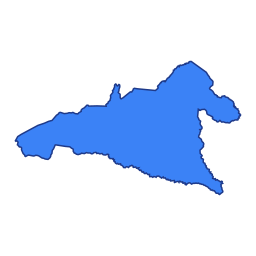 Maua, Niassa, Mozambique
{"feature_id": "85939544B33000714085001", "entity_name": "Maua", "entity_type": "district", "adm_level": 2, "iso_a3": "MOZ", "parent_name": "Mozambique", "parent_adm1": "Niassa", "projection": "orthographic", "projection_center": [37.153, -13.899], "detail": "fine", "context": "isolated", "style": "filled", "palette": "blue", "viewbox_px": 256, "rotation_deg": 0, "n_neighbors": 0, "source": "geoboundaries", "source_scale": "gbopen_adm2", "svg_char_len": 5928}
<svg xmlns="http://www.w3.org/2000/svg" viewBox="0 0 256 256"><path d="M15.4,140.8L15.9,141.3L16.6,140.9L17.4,141.2L17.7,141.8L18.1,142.2L17.4,144.8L18.0,145.2L18.7,146.2L19.2,146.5L19.4,147.0L20.7,147.0L21.6,147.9L21.5,149.8L23.1,153.5L24.7,155.1L24.9,156.1L25.6,156.5L27.6,155.4L28.7,155.1L33.4,156.0L34.3,155.9L35.8,155.3L37.0,155.4L38.6,155.8L42.0,158.0L43.7,158.3L45.1,159.0L48.0,159.4L49.7,158.0L50.6,156.6L50.9,154.8L51.9,153.5L52.3,150.4L53.5,148.9L55.2,145.0L55.9,144.9L65.4,146.4L69.8,146.8L71.5,148.2L73.0,149.0L73.3,149.7L73.2,151.2L74.3,153.1L74.9,153.1L76.4,154.2L78.1,154.6L80.8,153.8L81.4,153.2L84.4,153.6L86.4,152.6L87.9,153.0L90.1,153.0L91.4,153.8L92.7,153.7L93.9,152.6L95.1,152.6L95.8,152.3L96.4,152.6L96.8,153.5L97.4,153.3L98.6,153.3L99.7,153.9L102.1,153.5L103.0,154.6L104.0,154.9L105.8,155.0L106.9,154.3L107.9,154.2L108.7,154.8L108.3,155.7L108.4,156.2L108.7,156.3L109.3,157.4L109.1,157.6L109.5,157.7L110.0,158.6L113.1,158.6L112.8,159.2L113.4,159.7L114.3,159.8L114.1,160.5L113.8,160.5L113.8,161.0L114.3,161.7L115.1,161.8L115.2,162.7L115.7,163.3L116.9,163.9L117.7,163.4L118.5,164.2L120.5,163.8L120.5,164.8L121.8,165.3L123.2,166.5L123.5,167.5L125.3,167.7L126.3,166.7L126.7,166.7L127.6,166.9L128.4,167.5L130.2,165.8L130.8,165.9L131.9,165.3L133.2,166.3L133.1,167.1L133.4,167.4L135.8,167.0L136.5,168.2L138.4,167.9L138.0,168.3L137.9,168.7L139.1,169.5L139.5,170.3L140.0,170.5L140.4,170.1L141.1,170.3L141.9,172.0L142.4,172.2L143.0,171.8L143.5,171.8L143.7,172.6L144.4,173.5L145.2,173.6L146.2,173.0L147.9,174.5L149.5,174.4L149.4,175.5L149.8,176.7L151.4,176.5L152.8,177.3L153.8,176.5L155.6,176.9L156.1,177.3L157.0,176.2L158.6,176.1L159.2,176.3L159.5,176.8L160.4,177.1L161.5,178.1L163.2,177.0L163.5,177.8L164.0,178.1L165.3,177.9L166.3,179.5L167.4,179.8L167.9,179.2L168.7,180.1L170.4,180.0L170.4,180.8L170.6,181.0L174.3,180.5L174.7,181.6L174.3,182.1L174.6,182.5L176.8,181.6L178.1,181.4L178.4,181.5L179.0,182.4L179.4,181.4L179.9,181.1L180.9,182.0L182.7,181.9L182.9,182.3L182.6,182.8L182.9,183.2L184.1,183.2L184.9,182.8L185.6,183.6L185.2,184.5L186.2,184.9L187.4,183.6L188.7,182.9L189.8,182.8L191.6,184.1L193.2,183.3L194.2,183.4L195.6,183.1L196.0,183.3L196.6,183.1L197.9,183.4L198.6,183.1L200.1,184.0L200.7,183.7L201.6,184.3L203.3,184.5L204.0,185.3L205.2,185.4L205.7,186.0L207.7,186.9L208.9,188.3L210.1,188.9L210.4,189.8L211.4,190.2L211.8,190.0L212.5,190.1L213.1,190.8L213.7,190.6L214.4,190.8L216.1,193.2L218.5,193.4L218.8,194.1L219.6,194.5L221.5,192.9L222.5,192.3L222.8,191.8L222.8,191.1L221.9,189.3L221.9,188.1L221.0,186.2L221.2,185.3L220.9,184.3L221.4,183.8L222.7,183.4L221.9,182.2L222.2,181.5L221.5,181.2L220.4,181.9L219.3,181.0L218.1,180.5L217.4,179.7L215.7,180.2L215.3,179.7L215.6,179.1L215.3,178.6L214.2,178.9L212.6,178.4L212.5,178.0L213.1,177.3L213.1,176.5L212.1,175.5L212.3,174.5L211.5,173.5L210.4,173.5L210.2,172.6L210.6,172.0L209.5,171.9L209.1,171.3L209.3,169.4L207.2,168.8L206.9,167.9L206.4,167.6L206.0,166.8L206.3,166.0L205.3,165.0L204.9,163.3L203.9,162.9L203.3,162.3L203.2,160.4L203.4,159.5L202.8,158.8L201.4,158.5L201.3,157.3L201.0,157.1L201.0,156.8L201.9,156.2L202.1,155.5L200.2,153.5L200.0,150.4L200.2,149.9L201.2,149.1L203.4,146.7L203.5,146.0L203.3,145.6L203.8,143.9L203.2,142.5L202.6,142.2L201.7,140.9L201.3,139.3L198.6,137.1L198.9,135.2L199.7,134.3L200.0,132.4L200.7,130.9L199.9,129.6L200.9,129.5L201.6,129.0L202.0,128.3L202.0,127.1L200.5,125.0L200.1,123.8L200.1,123.2L200.6,121.2L198.8,119.6L198.7,118.7L197.6,116.8L198.3,109.2L199.3,109.7L199.6,110.3L200.6,110.3L201.2,109.6L204.6,109.3L206.1,110.5L206.6,111.6L207.0,113.8L208.2,114.8L210.8,115.8L211.3,116.4L212.1,116.5L212.8,117.3L212.4,118.3L212.7,118.9L214.7,120.2L216.3,120.7L216.9,121.7L217.4,121.9L218.5,121.7L219.9,120.4L221.7,122.1L223.5,121.9L225.4,122.6L226.8,122.7L227.5,122.5L227.9,122.8L229.7,122.9L231.1,121.4L232.5,120.6L233.1,120.9L235.0,120.0L236.3,119.8L237.0,120.1L238.1,119.7L238.0,118.9L238.2,118.4L239.3,117.9L239.0,117.3L239.1,116.2L239.4,115.9L240.2,115.9L240.6,115.0L239.9,114.4L239.9,113.9L238.6,113.2L238.6,112.5L239.0,112.0L238.6,110.7L237.7,109.6L237.8,108.9L236.8,108.9L235.9,107.9L235.5,107.9L235.6,107.4L234.7,107.2L234.9,106.7L234.1,106.7L233.6,106.1L233.6,105.8L234.2,105.4L233.8,104.6L234.1,104.0L233.6,103.2L233.4,102.0L231.4,100.2L230.4,99.9L229.7,99.1L229.2,99.0L228.5,98.4L228.5,98.1L227.7,97.5L225.2,96.9L224.7,95.8L222.0,96.3L221.3,97.7L219.3,97.5L218.5,97.0L217.4,96.9L217.3,95.8L216.9,95.8L215.9,94.8L214.7,94.5L212.8,91.3L211.2,89.9L210.1,89.4L209.6,88.7L209.6,88.2L210.6,86.7L212.7,85.1L213.0,81.8L212.6,80.9L209.9,78.3L209.3,76.8L207.7,74.7L206.3,72.3L191.3,61.5L189.9,61.5L188.7,62.2L188.8,62.8L187.9,63.3L187.0,63.1L186.2,63.3L185.8,64.2L185.4,64.3L185.0,63.7L183.6,64.9L183.0,64.8L181.6,65.4L180.2,65.1L179.5,66.3L179.3,65.7L179.0,65.6L178.1,66.6L177.7,66.3L175.9,68.7L175.0,68.8L174.4,69.4L174.2,70.2L173.4,70.3L173.5,71.1L173.0,72.4L171.1,74.8L170.4,75.3L170.2,76.0L169.4,76.5L169.3,77.2L167.4,78.3L165.2,81.7L164.3,81.5L164.4,80.9L164.1,80.9L162.2,81.3L161.7,81.7L161.2,82.6L160.7,82.5L159.3,84.5L157.9,85.8L157.6,86.7L158.1,87.3L157.9,88.4L155.4,90.5L137.5,88.8L134.3,88.3L133.3,89.0L133.2,89.7L131.7,92.0L130.3,91.9L123.0,97.8L121.2,98.8L120.6,98.5L120.2,97.5L120.1,94.4L119.6,93.7L118.5,92.9L118.2,92.3L118.9,90.9L119.0,89.3L119.8,86.9L119.7,85.1L119.3,84.6L118.8,84.5L117.8,85.9L117.3,86.0L116.7,85.4L116.3,84.4L115.7,84.0L114.9,84.6L114.5,85.7L114.6,87.0L113.8,88.5L113.7,89.4L112.5,90.6L112.9,91.9L112.8,92.5L110.5,95.4L110.7,97.9L110.2,99.2L110.1,100.4L108.2,102.0L107.8,103.5L107.0,103.7L105.9,104.8L106.2,106.2L97.1,105.9L88.8,106.1L88.0,105.2L86.9,105.2L84.3,107.8L82.3,108.9L81.6,109.6L81.1,110.3L81.2,111.4L78.9,112.7L77.8,113.9L75.2,113.6L72.9,112.4L71.4,112.9L69.1,112.7L67.3,113.3L64.2,113.6L60.5,112.4L59.6,112.5L59.1,112.8L58.1,114.2L56.5,115.2L52.1,120.4L48.5,121.4L44.4,123.2L37.9,125.4L21.3,134.3L17.7,136.6L15.4,140.8Z" fill="#3b82f6" stroke="#1e3a8a" stroke-width="1.5"/></svg>